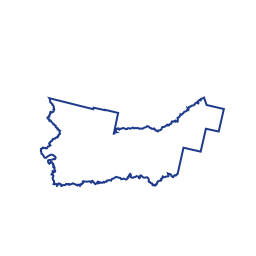 Roque Pérez, Buenos Aires, Argentina, rotated 150°
{"feature_id": "61730980B72070825926911", "entity_name": "Roque Pérez", "entity_type": "district", "adm_level": 2, "iso_a3": "ARG", "parent_name": "Argentina", "parent_adm1": "Buenos Aires", "projection": "orthographic", "projection_center": [-59.27, -35.521], "detail": "fine", "context": "isolated", "style": "outline", "palette": "blue", "viewbox_px": 256, "rotation_deg": 150, "n_neighbors": 0, "source": "geoboundaries", "source_scale": "gbopen_adm2", "svg_char_len": 5936}
<svg xmlns="http://www.w3.org/2000/svg" viewBox="0 0 256 256"><g transform="rotate(150 128 128)"><path d="M181.2,193.1L181.1,192.0L181.9,190.9L182.0,190.0L182.3,189.6L182.4,189.1L181.5,186.4L181.9,185.8L181.5,185.0L181.6,183.7L182.1,183.0L182.1,182.4L182.3,182.0L183.1,181.5L182.7,180.9L184.5,179.4L186.5,179.6L186.6,180.6L187.1,180.7L188.0,180.0L188.2,179.3L188.6,178.8L189.6,178.6L189.8,178.1L190.4,177.9L190.5,177.3L191.1,177.6L191.5,177.3L191.9,177.4L192.6,177.1L192.4,176.8L192.6,175.8L192.1,175.3L192.4,173.8L191.9,174.0L191.4,173.5L191.2,173.0L191.4,172.7L191.3,171.6L190.8,169.9L190.7,168.3L190.1,168.0L190.1,167.2L189.5,165.9L190.1,165.4L190.1,164.9L189.9,164.2L189.5,163.9L189.6,163.5L189.1,162.8L189.5,162.5L189.7,162.0L189.1,161.4L188.6,160.6L188.6,159.9L188.4,159.7L189.1,159.4L189.1,159.1L189.4,158.4L189.8,156.9L191.6,156.7L192.0,156.6L192.1,155.9L193.1,155.4L193.6,155.7L194.1,155.1L194.4,155.2L194.6,155.5L195.5,155.7L196.4,155.6L196.8,155.3L198.2,156.0L199.1,155.9L199.2,155.4L200.1,154.9L201.0,155.1L201.9,155.0L202.3,154.4L203.4,154.5L204.1,153.9L204.2,153.3L203.9,153.0L203.9,151.8L204.6,151.9L205.1,151.6L206.6,152.0L208.5,151.0L209.4,151.5L209.5,152.0L210.0,152.4L210.8,152.6L211.0,153.1L211.6,153.6L212.4,153.1L213.7,153.5L214.3,152.9L214.6,151.9L215.0,151.6L215.2,151.1L215.0,150.6L215.8,148.9L215.3,148.1L215.0,146.4L215.2,145.7L215.2,144.7L214.9,143.8L214.0,143.2L211.9,143.6L208.0,143.5L206.4,142.0L205.8,140.3L205.4,139.7L205.3,139.2L205.7,138.2L206.9,137.6L207.5,138.2L210.0,138.6L213.1,140.0L213.8,139.3L214.3,138.3L214.0,136.4L213.2,136.7L212.6,136.6L212.0,137.2L211.1,136.6L210.9,134.9L211.2,134.5L211.2,134.1L210.8,133.8L211.5,132.9L211.2,132.4L211.2,131.9L211.5,131.7L212.0,131.8L212.2,131.6L211.5,130.7L211.4,130.3L211.5,130.1L212.4,129.3L212.5,127.2L212.8,126.8L213.1,126.6L213.6,126.7L214.2,127.9L214.9,128.3L215.4,127.7L215.6,126.5L216.0,126.2L217.2,126.3L217.5,126.0L216.5,124.8L216.4,124.1L216.7,123.6L218.2,122.5L218.2,122.1L218.7,121.4L218.8,120.9L218.6,119.3L218.8,118.6L219.2,118.1L219.2,117.6L220.5,116.6L219.6,115.9L218.2,115.5L218.1,115.2L218.3,114.4L218.1,113.9L218.3,113.4L218.0,113.4L216.9,114.5L216.3,114.3L215.7,114.6L214.5,113.3L214.9,112.6L214.5,112.0L214.7,111.1L214.4,111.0L214.0,111.5L213.6,111.6L213.2,111.0L212.0,110.7L211.1,110.0L210.1,110.1L209.7,110.5L208.9,110.2L208.7,109.7L207.1,109.1L207.1,108.7L207.6,108.6L207.3,108.2L206.4,107.9L205.5,107.9L204.9,107.6L203.9,107.8L203.1,107.4L202.9,106.7L202.1,106.0L201.4,104.7L200.7,104.4L200.6,103.6L199.4,103.8L198.2,103.1L198.2,102.7L198.7,102.3L198.6,101.9L198.1,102.2L196.8,102.5L196.5,102.9L195.9,102.5L195.2,102.9L194.6,102.8L194.3,103.1L194.1,104.1L193.4,104.3L193.2,104.2L193.2,103.6L191.9,103.1L190.4,102.0L188.2,101.2L187.7,100.7L187.4,99.6L186.8,100.3L185.9,100.0L185.3,100.1L185.1,99.8L185.5,99.0L184.8,98.5L184.9,97.8L184.4,95.8L183.5,96.0L182.9,95.8L182.4,95.2L182.1,95.2L182.2,96.0L181.0,96.7L179.9,95.6L180.0,95.2L180.4,94.9L180.3,94.6L178.9,94.5L178.3,93.7L177.2,93.3L176.3,93.6L175.8,92.7L175.3,92.9L173.4,92.3L173.0,93.0L170.9,92.5L169.3,91.4L169.0,90.9L168.7,91.0L168.2,91.5L167.2,92.0L165.5,91.4L163.2,91.7L162.5,91.5L161.9,90.7L161.4,90.3L161.2,89.9L159.8,88.8L159.4,87.7L159.5,87.1L158.8,86.7L157.3,86.5L156.6,85.9L155.8,84.6L154.7,84.2L154.0,84.8L153.0,84.7L152.7,85.0L152.5,85.7L151.6,85.9L149.3,87.2L149.0,87.2L148.9,86.4L149.1,85.7L150.4,84.7L150.2,84.0L149.6,83.5L149.4,82.9L148.8,82.8L148.4,82.4L147.5,82.4L146.5,82.0L144.6,82.0L144.3,81.5L143.5,80.9L143.3,80.4L142.8,80.0L142.9,79.4L143.5,79.0L143.4,78.8L143.0,78.8L142.4,79.2L142.3,79.6L142.3,80.3L141.8,80.4L141.4,80.2L140.7,80.6L140.1,79.8L140.2,79.4L139.3,77.3L138.2,76.5L136.2,75.9L135.6,74.4L135.8,72.7L136.3,71.9L136.8,71.6L136.6,70.4L136.4,70.2L135.8,69.9L135.9,69.0L134.7,67.7L134.8,67.1L135.3,66.7L135.1,65.9L133.6,65.5L133.4,65.1L133.6,64.8L133.4,64.6L132.7,64.7L132.1,65.2L131.8,64.8L131.4,64.9L130.3,65.7L129.9,66.4L129.1,66.4L128.2,66.9L127.0,66.5L126.7,66.2L125.4,66.0L125.1,66.2L124.9,67.4L124.6,67.5L123.7,67.3L122.1,68.7L121.8,68.3L121.6,67.4L120.4,67.0L119.6,67.0L117.3,66.0L116.8,66.3L116.2,68.6L115.6,67.7L114.9,67.4L114.1,66.3L114.4,64.8L113.9,64.0L113.9,63.3L113.4,62.9L112.9,63.0L112.6,63.5L112.3,63.6L111.0,63.7L110.4,62.9L109.7,63.0L109.0,63.6L108.0,63.4L89.8,83.2L76.9,71.2L60.9,88.4L51.2,79.6L35.5,96.5L48.4,108.6L47.0,116.3L48.5,116.2L49.2,116.6L50.6,116.7L50.9,116.5L50.9,115.9L51.1,115.6L51.3,115.6L51.5,116.4L53.3,116.5L54.1,115.9L54.3,114.7L54.8,114.2L55.1,114.4L54.7,115.5L55.6,115.9L56.8,115.6L57.6,115.7L58.3,115.1L58.9,115.1L59.5,114.8L60.6,115.0L61.5,115.5L63.3,115.2L63.9,115.7L64.8,115.6L66.3,113.9L66.4,114.6L66.2,115.0L66.4,115.4L66.5,114.9L66.9,114.6L66.5,114.3L66.8,113.7L69.9,113.5L71.1,113.9L72.8,113.2L75.0,112.7L75.4,112.8L75.8,113.6L76.9,112.5L78.5,111.8L78.9,112.1L80.1,112.0L80.4,110.8L81.4,109.2L82.0,108.7L83.0,110.0L83.1,110.6L83.7,110.5L84.1,110.1L84.4,110.7L85.2,110.7L85.5,111.2L86.8,111.7L87.2,111.5L87.3,110.9L88.1,110.4L88.6,110.4L88.9,110.1L90.5,110.4L91.1,109.9L92.1,110.1L92.2,110.4L92.1,111.0L92.4,111.3L93.1,111.0L96.1,110.8L97.7,111.6L98.2,111.5L99.1,110.8L99.5,110.3L100.2,110.0L101.8,110.1L102.9,110.7L103.8,110.1L104.5,111.0L104.8,111.9L105.5,112.3L105.3,112.9L105.6,114.5L106.6,114.4L107.1,115.1L107.9,115.5L107.9,116.0L109.2,117.7L109.1,118.1L109.3,118.8L110.4,120.0L112.0,119.7L113.9,120.2L115.7,120.1L116.3,120.6L117.4,121.1L117.7,121.5L118.9,121.9L119.3,123.0L120.9,123.7L121.3,124.2L122.0,124.3L123.1,124.8L123.2,125.6L123.5,125.9L126.3,126.2L127.0,127.1L128.1,127.9L129.1,127.5L130.4,128.1L131.7,130.0L132.8,130.7L133.7,130.5L134.9,131.1L136.3,130.9L136.2,132.1L136.5,132.5L136.7,132.3L137.1,132.6L137.6,132.5L138.0,132.8L138.1,132.6L139.1,132.5L139.7,131.9L140.7,131.6L140.7,131.1L140.1,130.1L141.7,130.9L142.5,130.3L142.6,130.0L143.1,130.2L129.0,146.0L138.9,155.3L139.1,155.0L147.7,162.8L148.7,161.7L181.2,193.1Z" fill="none" stroke="#1e3a8a" stroke-width="2"/></g></svg>